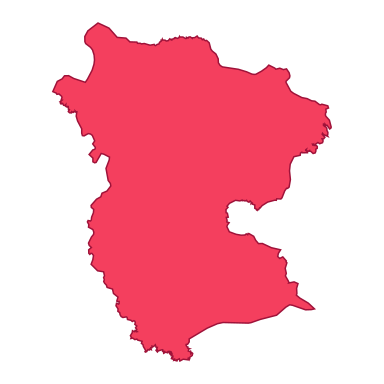 Mueang Kalasin, Kalasin, Thailand (orthographic projection)
{"feature_id": "78962969B94633890836153", "entity_name": "Mueang Kalasin", "entity_type": "district", "adm_level": 2, "iso_a3": "THA", "parent_name": "Thailand", "parent_adm1": "Kalasin", "projection": "orthographic", "projection_center": [103.542, 16.504], "detail": "fine", "context": "isolated", "style": "filled", "palette": "rose", "viewbox_px": 384, "rotation_deg": 0, "n_neighbors": 0, "source": "geoboundaries", "source_scale": "gbopen_adm2", "svg_char_len": 5922}
<svg xmlns="http://www.w3.org/2000/svg" viewBox="0 0 384 384"><path d="M326.8,128.4L325.6,126.6L324.7,126.5L323.4,125.2L323.5,124.2L325.0,125.3L325.0,124.1L326.1,125.4L327.0,125.2L329.7,129.0L330.9,128.1L331.2,127.1L329.4,120.2L325.9,116.3L325.4,115.1L325.6,112.9L326.2,112.1L325.8,109.2L328.5,108.0L327.8,105.8L321.8,104.2L320.8,104.8L319.3,104.5L315.0,101.2L311.6,100.8L307.1,98.6L301.9,97.6L293.7,93.4L290.8,91.3L286.0,82.4L286.1,81.2L289.5,77.8L289.9,75.9L289.1,72.7L286.5,68.9L283.4,69.6L279.8,68.2L275.8,69.2L274.8,68.1L268.8,65.1L266.4,67.7L261.5,71.2L255.8,74.3L254.1,74.4L251.9,74.1L246.6,71.8L238.4,69.3L222.4,66.9L220.1,65.4L218.4,62.8L218.2,58.8L215.9,54.0L212.3,51.1L210.8,49.1L209.2,42.8L206.6,40.4L205.5,40.7L204.2,40.0L203.7,39.0L202.3,39.7L201.4,38.2L198.5,37.9L197.1,36.0L194.8,37.6L192.4,37.8L192.3,38.3L190.3,36.9L188.9,37.0L188.1,38.0L186.5,37.3L186.5,38.4L185.4,38.5L182.9,37.0L179.7,37.0L179.5,36.5L178.9,37.7L177.4,38.4L175.3,37.6L174.8,38.3L174.4,38.0L173.7,38.8L171.5,39.3L171.8,39.9L171.3,40.0L169.8,38.8L168.2,40.7L166.2,41.0L165.2,40.2L162.6,40.0L162.3,39.2L161.9,40.3L161.1,40.2L161.1,41.3L159.6,42.2L158.9,44.0L157.2,44.4L155.6,45.6L154.8,45.4L154.2,44.4L150.1,45.2L144.2,43.5L141.5,43.9L140.3,43.3L137.5,43.3L136.9,42.1L129.9,41.9L126.0,38.1L117.2,37.4L109.0,28.1L98.0,23.0L87.9,30.8L84.8,36.5L84.9,41.7L85.7,43.6L90.5,47.3L92.5,49.9L94.1,55.0L94.5,60.0L94.0,64.2L92.1,70.3L87.5,79.1L85.3,82.3L73.8,78.5L68.7,75.7L64.5,75.8L62.1,78.9L57.3,81.4L52.8,91.6L56.2,93.1L56.9,94.3L59.0,94.0L61.6,96.3L62.0,97.5L61.2,99.9L62.1,100.1L60.0,101.8L60.9,102.3L60.4,103.1L61.0,104.0L62.6,103.4L63.6,105.3L65.0,105.5L65.7,104.7L65.5,106.1L66.4,106.8L67.9,107.2L67.5,106.5L68.2,106.5L68.5,109.6L69.3,109.7L68.3,111.6L69.6,112.8L71.3,112.9L71.5,111.9L72.0,112.5L72.7,111.9L73.4,112.3L73.8,111.6L75.3,112.0L75.2,111.0L76.0,111.9L76.8,111.8L76.2,116.2L77.6,121.0L81.7,128.8L81.7,133.2L82.4,135.6L84.1,135.9L88.2,133.6L90.5,134.0L92.3,135.4L94.7,140.9L92.7,143.9L95.3,147.4L95.3,148.3L94.7,149.3L92.8,149.9L89.1,154.5L92.9,158.1L92.9,161.8L94.7,162.8L96.1,162.4L101.2,153.5L103.9,154.2L109.5,157.1L109.2,160.0L106.0,168.4L108.2,180.5L110.4,183.5L110.8,186.0L106.9,191.1L102.0,193.2L100.8,196.8L96.5,199.2L91.1,205.4L91.3,207.4L93.7,209.4L93.4,212.8L91.6,217.2L91.3,220.0L90.5,221.0L88.1,220.5L87.4,221.9L88.8,224.6L88.5,227.2L92.9,229.6L93.8,232.2L93.6,234.3L91.4,237.1L88.5,243.1L89.2,245.4L91.4,247.5L88.7,249.8L88.8,253.3L89.8,254.4L90.8,253.4L91.9,253.4L93.5,255.5L92.8,259.8L91.1,264.3L97.6,270.8L103.6,271.8L104.5,275.9L103.6,277.5L104.3,279.6L103.7,281.5L104.6,283.2L106.4,285.1L107.1,287.4L112.5,289.1L113.5,293.5L118.0,297.1L116.8,301.1L117.3,301.6L119.1,301.5L119.1,303.6L118.6,304.1L116.5,303.3L116.0,305.8L118.0,308.8L117.9,311.4L119.7,312.6L120.1,314.8L121.2,316.6L122.9,317.5L126.3,316.9L127.1,317.4L127.5,319.5L130.9,320.3L132.3,321.5L133.9,320.7L134.9,321.3L135.3,322.8L134.8,324.3L136.8,326.0L135.5,327.8L136.8,329.3L135.9,330.5L137.2,331.6L136.2,331.8L135.0,330.6L134.2,331.7L132.5,330.7L132.2,332.7L130.4,335.7L131.3,337.2L130.9,338.5L132.7,338.1L134.8,339.6L136.9,339.1L137.7,340.1L142.1,341.3L141.4,343.4L142.9,344.5L143.4,346.6L145.7,350.6L145.0,351.7L145.5,352.1L146.7,351.6L147.9,349.6L149.1,350.1L149.5,349.1L151.3,349.7L150.8,347.8L152.1,347.6L152.0,346.1L153.6,346.6L155.3,344.8L156.1,347.3L157.3,347.4L156.8,348.6L157.4,350.2L156.3,349.9L156.0,350.3L157.4,352.0L158.3,350.9L162.3,349.7L162.8,349.9L162.6,351.2L164.2,351.4L163.5,352.5L163.7,353.3L165.8,352.1L167.3,352.8L167.9,351.6L168.6,351.8L169.5,353.4L170.9,352.7L170.0,351.5L171.0,351.7L171.6,352.9L170.4,354.5L171.0,355.1L171.9,354.6L171.5,355.9L172.9,356.1L172.7,357.4L171.7,357.7L171.4,358.6L173.3,359.3L174.3,359.1L173.8,360.4L176.4,359.9L176.1,360.7L177.0,360.9L177.4,359.8L179.3,358.8L179.9,361.0L183.2,359.2L187.8,359.8L188.2,358.5L189.1,359.9L189.8,358.5L189.5,357.5L192.2,355.5L192.7,353.4L191.7,352.5L190.8,353.6L190.5,351.2L189.8,351.6L188.3,351.1L188.7,349.0L189.6,348.7L187.7,348.1L187.9,347.0L186.8,346.7L186.0,345.0L186.2,344.4L187.6,344.3L189.2,341.9L189.2,338.9L207.3,328.1L217.4,323.7L223.0,322.5L248.3,323.1L250.9,322.7L260.3,319.4L276.6,315.2L285.9,307.1L289.7,304.8L292.6,305.3L305.5,309.8L311.4,309.6L314.5,308.9L308.3,303.1L299.9,298.1L296.4,295.2L296.9,293.5L296.6,288.3L298.0,283.6L294.1,281.9L288.6,283.0L288.9,282.3L288.3,281.0L285.4,275.9L286.3,273.4L285.2,268.3L286.9,262.8L286.0,261.8L286.3,260.9L282.8,256.9L279.7,258.4L277.7,256.5L278.4,253.3L280.6,249.8L271.4,247.7L262.4,243.5L258.5,243.6L255.7,240.3L253.7,236.3L249.0,233.6L248.1,233.5L247.7,234.7L246.2,233.9L245.0,235.0L241.2,235.2L236.1,234.3L229.3,231.8L226.9,226.7L227.4,225.0L229.1,222.7L226.8,221.9L227.1,220.4L226.3,217.4L228.2,217.2L227.4,213.2L226.1,212.7L226.0,209.5L228.0,207.3L227.0,206.2L229.5,203.3L235.5,200.3L239.9,200.9L242.1,200.1L242.3,200.7L244.1,200.5L245.0,201.0L246.6,200.3L247.2,201.4L249.0,202.2L250.1,201.0L251.2,202.2L251.1,203.1L251.6,202.5L252.4,203.1L252.2,204.1L254.8,205.0L254.8,208.3L257.0,209.6L256.7,210.0L257.2,210.4L257.7,209.5L258.6,209.7L259.6,207.8L260.1,208.0L262.1,205.6L267.6,202.1L274.7,200.2L276.3,200.3L276.7,198.8L280.9,199.0L282.0,197.8L284.8,190.7L286.6,188.3L287.6,188.4L289.1,187.1L290.4,179.6L289.5,170.8L290.2,164.2L293.9,156.7L300.2,155.3L300.5,153.0L301.9,152.2L302.3,152.8L307.5,152.7L307.5,151.8L305.7,150.4L305.7,149.8L306.4,149.3L306.1,150.1L306.7,150.9L308.5,151.2L309.5,150.6L309.5,151.2L310.7,151.3L313.1,153.5L315.2,152.9L315.9,151.0L315.8,149.2L317.2,148.4L317.3,146.6L316.6,145.6L314.0,145.4L313.5,145.0L313.4,144.8L312.9,145.0L312.8,144.8L313.0,144.4L312.6,144.6L312.5,144.2L313.1,144.4L314.0,145.3L317.9,142.5L319.7,143.7L322.5,142.7L323.1,140.9L322.1,138.8L323.6,138.9L324.9,137.3L322.3,134.4L322.9,133.9L322.4,133.6L322.5,133.3L323.5,134.5L327.9,136.4L327.2,135.1L327.8,134.4L327.9,132.4L326.9,130.3L326.8,128.4Z" fill="#f43f5e" stroke="#9f1239" stroke-width="1.5"/></svg>